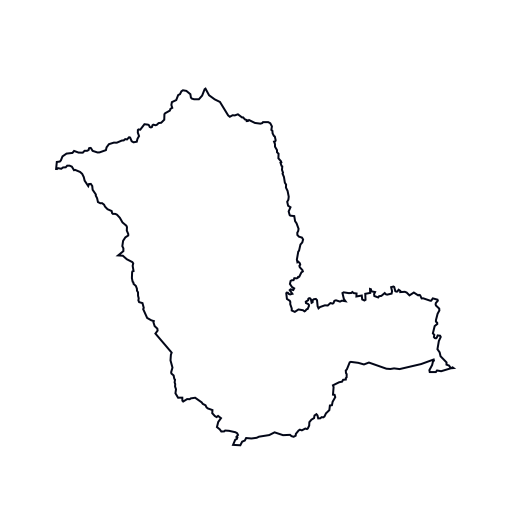 outline of Uiramutã, Roraima, Brazil, rotated 337°
{"feature_id": "56859067B11368359253245", "entity_name": "Uiramutã", "entity_type": "district", "adm_level": 2, "iso_a3": "BRA", "parent_name": "Brazil", "parent_adm1": "Roraima", "projection": "natural_earth1", "projection_center": [-60.205, 4.716], "detail": "fine", "context": "isolated", "style": "outline", "palette": "ink", "viewbox_px": 512, "rotation_deg": 337, "n_neighbors": 0, "source": "geoboundaries", "source_scale": "gbopen_adm2", "svg_char_len": 6091}
<svg xmlns="http://www.w3.org/2000/svg" viewBox="0 0 512 512"><g transform="rotate(337 256 256)"><path d="M391.5,435.5L390.9,432.3L388.9,430.4L389.8,428.4L386.7,420.4L387.4,416.4L386.6,412.7L391.1,405.7L394.4,402.7L394.3,401.3L392.2,400.1L390.5,401.8L389.5,402.1L388.5,401.4L388.1,400.1L389.3,398.3L388.6,396.3L393.1,390.3L396.3,389.4L396.7,388.2L396.0,386.7L396.6,385.3L400.6,380.1L403.5,377.8L404.1,376.0L402.3,371.9L402.4,370.8L403.1,369.6L405.9,368.2L406.0,367.1L402.2,364.1L399.8,365.6L399.0,365.3L393.4,360.3L391.9,359.8L391.7,356.2L390.9,355.5L389.9,355.6L387.0,351.3L381.9,352.2L380.4,348.5L379.0,347.1L374.7,345.6L375.2,344.5L374.1,342.8L372.3,343.9L371.2,343.6L370.5,342.8L371.1,338.5L370.6,337.8L368.2,337.5L367.5,341.6L366.1,343.6L361.6,342.8L360.5,341.9L360.0,340.4L355.8,341.7L353.6,341.1L352.3,341.9L349.3,339.1L349.8,337.2L351.5,335.7L348.4,333.6L348.8,331.5L348.1,330.9L346.7,334.6L341.8,333.5L339.7,339.1L338.4,339.3L336.8,337.5L337.9,333.7L332.6,332.5L333.9,329.8L331.4,328.3L330.6,326.8L329.4,327.3L327.0,326.5L322.5,323.7L321.1,323.9L320.1,329.9L320.7,332.6L317.7,330.7L315.5,330.8L312.4,328.1L311.5,327.9L310.5,328.0L309.1,329.5L308.0,329.8L306.1,328.4L302.7,329.6L300.1,328.3L295.0,328.0L293.1,328.6L293.1,326.3L294.9,320.5L294.3,318.9L292.4,318.4L291.0,318.7L290.0,320.7L288.9,320.8L289.6,317.5L289.3,316.2L288.5,315.6L287.5,315.8L286.7,317.1L284.0,317.5L283.6,318.8L285.2,320.5L285.6,321.7L285.2,322.7L282.8,325.0L281.8,324.8L279.9,325.8L279.0,325.9L278.1,324.3L274.2,321.8L269.9,322.6L267.6,320.1L268.4,318.2L268.7,313.7L269.6,311.8L269.6,310.4L267.7,307.6L269.3,302.1L270.0,301.7L271.0,302.3L271.4,303.8L272.4,304.7L274.7,305.0L273.7,300.6L274.8,300.2L277.0,301.9L278.5,300.7L277.0,298.6L276.3,295.0L278.1,292.5L279.3,292.3L281.1,292.9L282.6,291.4L284.8,292.5L286.0,292.4L286.6,291.7L287.7,292.0L291.4,288.8L293.1,288.5L293.2,287.1L291.9,283.5L292.1,282.0L293.3,281.3L293.5,279.8L292.7,277.7L291.7,277.9L292.2,275.3L296.6,268.5L297.7,267.9L301.4,262.8L303.9,261.6L305.8,259.2L305.5,257.0L303.1,255.0L302.3,252.8L303.1,250.7L304.6,249.5L305.8,247.6L306.1,241.8L305.6,239.2L306.8,234.2L303.6,232.4L303.0,231.7L303.1,230.5L303.5,227.7L306.8,224.6L305.2,222.3L305.9,218.3L307.8,216.8L309.3,214.2L310.5,208.4L310.3,204.7L311.6,202.0L311.2,199.8L312.6,194.2L312.6,190.6L313.4,189.9L313.6,186.8L315.2,183.8L314.7,182.9L315.0,179.7L315.9,179.7L316.0,178.6L314.8,174.8L316.7,170.7L315.9,168.7L316.7,166.7L316.2,162.8L317.2,160.4L317.3,157.8L318.5,158.0L319.3,157.2L320.0,153.4L319.4,152.4L319.2,149.6L320.0,147.2L319.4,145.9L321.3,142.9L321.0,139.4L319.6,137.6L314.8,135.5L313.7,136.1L311.8,135.9L307.0,133.1L302.7,128.1L301.3,128.6L300.2,128.2L300.6,127.2L299.2,126.0L298.3,123.4L297.3,123.0L294.7,118.5L291.4,118.3L289.5,117.3L286.3,117.6L285.3,115.7L283.0,100.1L279.2,95.7L275.6,89.7L274.9,82.2L273.9,82.4L269.1,87.3L264.7,89.4L260.2,87.5L258.4,86.0L258.0,84.7L258.8,81.4L256.4,76.8L253.5,74.9L251.6,75.3L249.3,77.3L247.2,77.5L243.5,81.3L238.7,81.5L237.1,83.9L236.8,86.9L234.8,87.1L233.5,88.5L228.1,89.1L227.1,89.7L224.8,94.7L220.8,96.3L218.3,95.6L215.9,96.5L214.7,96.4L212.8,95.0L211.8,95.2L210.6,96.6L209.5,96.6L208.6,95.7L208.6,93.9L207.9,92.9L204.8,91.1L198.8,94.5L197.3,93.6L196.5,93.9L195.4,96.3L195.2,99.9L192.7,101.8L190.9,104.2L187.7,103.5L186.4,101.8L186.4,97.8L185.6,97.1L182.8,98.3L181.3,97.3L179.4,97.9L177.6,97.3L172.1,97.3L169.5,96.1L164.3,95.6L160.9,97.6L159.2,99.9L152.5,99.5L150.6,98.8L146.7,95.4L146.2,92.2L145.6,91.7L144.4,91.6L143.4,93.0L141.8,93.2L139.3,92.2L136.9,93.2L133.1,91.5L129.6,88.2L127.3,89.4L121.6,87.7L116.8,88.7L113.7,91.8L112.3,92.4L109.4,91.6L106.0,97.8L106.8,98.2L108.1,97.8L110.8,99.6L113.0,99.1L115.5,100.0L117.5,99.1L119.7,100.0L121.4,101.8L122.0,105.9L123.2,106.1L126.9,109.9L128.1,112.5L128.3,116.1L127.7,119.7L128.9,126.1L130.4,124.5L132.1,125.1L132.6,127.6L131.5,131.2L132.6,136.8L132.1,137.8L132.3,140.7L131.6,144.6L133.3,146.6L135.0,147.3L136.2,149.4L136.3,151.5L137.6,154.9L140.7,158.2L140.3,160.3L140.7,161.3L143.0,162.3L144.2,163.7L145.6,167.6L146.2,172.9L148.5,177.5L148.5,179.0L147.0,182.1L147.0,185.9L146.4,187.2L143.0,187.8L139.6,190.1L136.8,194.7L136.9,197.2L135.8,199.7L129.3,201.6L133.5,203.7L135.8,208.5L139.8,213.3L140.1,214.8L138.6,216.9L137.4,222.0L136.2,221.9L135.6,222.6L133.1,227.9L132.4,231.5L132.8,232.4L132.4,233.8L133.7,236.6L133.6,239.6L132.9,241.4L133.2,243.3L131.9,246.5L131.5,249.1L130.4,250.9L130.4,252.8L133.1,255.0L132.4,259.9L131.4,260.8L131.6,270.5L134.5,274.3L136.5,276.0L135.7,276.9L135.3,280.9L136.8,284.3L136.3,286.2L133.1,288.1L140.6,312.0L139.1,313.6L136.5,318.7L135.5,326.1L132.5,329.8L132.2,331.1L133.5,333.8L132.8,337.1L133.1,338.2L131.7,340.6L131.6,342.3L130.5,344.5L130.3,347.4L128.2,350.9L128.9,356.0L132.8,357.6L131.7,360.4L132.1,361.5L136.7,360.8L139.0,361.9L140.4,361.6L144.6,362.7L148.8,369.5L149.2,371.3L151.2,373.7L151.3,376.0L152.1,377.5L155.7,380.8L154.3,383.6L155.6,387.3L156.8,388.9L158.6,388.4L160.4,391.6L156.4,394.0L153.2,398.2L154.9,401.4L155.5,404.0L158.1,405.0L159.4,404.6L162.9,406.4L168.2,410.2L169.4,411.8L169.5,413.7L167.3,414.9L167.9,415.8L166.9,416.9L165.1,417.0L161.1,420.9L167.6,424.1L170.7,421.5L173.6,421.5L175.8,419.7L180.5,422.2L185.6,423.6L188.2,423.5L198.2,426.0L204.2,425.6L210.9,431.5L217.4,433.9L218.3,435.7L220.0,437.1L222.3,436.9L223.2,435.3L227.0,433.3L228.5,433.0L230.1,434.4L234.0,434.1L235.3,435.2L236.3,435.0L238.7,432.9L240.2,429.8L243.1,428.3L246.1,427.9L247.5,425.7L249.8,425.2L250.3,426.7L249.8,429.8L251.7,430.5L253.5,430.0L254.8,430.8L256.3,430.5L258.9,428.2L263.3,426.5L265.6,422.5L267.6,423.0L269.6,420.1L273.8,416.9L274.1,414.5L272.7,413.7L276.2,407.0L276.3,405.1L283.2,404.7L286.1,405.3L287.8,404.0L290.4,404.8L291.0,403.5L292.0,403.1L293.3,400.2L293.1,398.9L293.9,396.5L295.3,395.9L300.7,390.5L301.9,390.5L308.4,394.3L313.0,398.0L318.3,398.2L332.0,410.7L335.5,412.5L339.2,413.4L344.0,416.2L365.8,420.0L379.1,420.7L378.9,421.8L377.6,422.4L375.5,425.2L371.0,428.8L370.6,430.7L376.2,433.1L377.9,432.1L381.4,434.4L391.5,435.5ZM394.0,436.3L393.4,435.3L391.5,435.5L394.0,436.3Z" fill="none" stroke="#020617" stroke-width="2"/></g></svg>